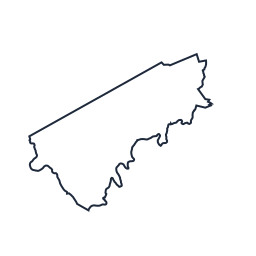 Dubonaire, Dennery, Saint Lucia, rotated 145°
{"feature_id": "8701671B43196595047489", "entity_name": "Dubonaire", "entity_type": "district", "adm_level": 2, "iso_a3": "LCA", "parent_name": "Saint Lucia", "parent_adm1": "Dennery", "projection": "albers", "projection_center": [-60.92, 13.929], "detail": "fine", "context": "isolated", "style": "outline", "palette": "slate", "viewbox_px": 256, "rotation_deg": 145, "n_neighbors": 0, "source": "geoboundaries", "source_scale": "gbopen_adm2", "svg_char_len": 5706}
<svg xmlns="http://www.w3.org/2000/svg" viewBox="0 0 256 256"><g transform="rotate(145 128 128)"><path d="M213.6,177.8L213.7,177.6L214.0,176.7L214.2,175.8L214.5,175.0L214.6,174.9L214.9,174.7L215.5,174.6L215.7,174.4L215.8,174.3L215.8,174.1L215.7,173.5L215.8,173.2L215.9,172.9L216.4,172.3L216.5,172.2L216.5,171.8L216.4,171.4L216.2,171.0L215.8,170.6L215.5,170.4L215.1,170.2L214.7,169.9L214.1,169.3L214.1,169.2L214.0,168.7L214.3,167.7L214.4,167.4L214.9,167.0L215.2,166.8L215.5,166.6L215.7,166.4L216.4,163.9L216.6,162.6L216.9,162.0L217.2,161.3L217.8,159.9L217.9,159.5L217.9,159.0L218.0,158.5L218.1,158.2L218.2,157.9L218.4,157.6L218.6,157.4L219.2,157.0L219.3,156.9L219.6,156.8L220.2,156.7L220.8,156.6L221.2,156.6L222.0,156.7L222.5,156.6L223.3,156.5L225.3,155.8L225.8,155.7L226.5,155.8L227.0,155.8L227.7,155.6L228.4,155.2L228.7,155.0L229.5,154.2L229.7,153.9L229.8,153.6L230.5,151.5L230.6,150.5L230.6,150.1L230.3,149.0L230.1,148.6L229.9,148.2L228.5,146.7L228.1,146.2L227.6,145.8L226.9,145.0L226.5,144.7L226.3,144.5L225.8,144.3L225.0,144.1L223.3,143.9L222.6,143.9L221.4,143.9L220.6,144.0L218.9,144.5L218.6,144.6L217.4,144.5L217.1,144.4L216.8,144.3L216.2,143.9L215.5,143.2L215.2,142.4L215.0,141.7L214.8,140.5L214.1,138.7L214.1,138.4L214.1,137.5L214.1,137.3L214.5,136.8L215.0,136.1L215.1,135.8L215.2,135.2L215.1,134.7L214.9,134.1L214.3,133.2L214.1,133.0L213.8,132.8L213.0,132.4L212.9,132.2L212.7,131.6L212.7,131.1L212.9,130.1L213.1,129.8L213.2,129.6L213.7,128.8L213.9,128.6L214.0,127.9L214.1,126.7L214.2,125.2L214.3,124.4L214.7,123.3L215.3,121.8L215.4,121.3L215.5,120.8L215.6,119.9L215.8,118.2L215.8,117.3L215.9,115.5L215.9,114.7L215.8,113.7L215.7,112.9L214.9,111.2L214.7,110.8L214.8,110.4L214.9,110.0L215.6,109.2L213.8,108.3L213.1,105.9L212.6,102.9L212.7,100.9L212.8,97.3L213.2,95.0L207.6,83.2L207.0,83.8L206.6,84.0L204.8,84.7L203.5,85.0L202.8,85.0L202.0,84.9L200.9,84.5L199.9,83.9L198.6,82.6L196.4,81.0L195.5,80.6L193.2,80.1L192.5,79.9L192.0,79.5L191.2,78.8L190.7,78.4L190.1,78.2L189.6,78.2L189.3,78.3L189.1,78.4L188.8,78.8L188.6,79.0L188.3,79.7L188.2,80.2L188.3,80.9L188.4,81.4L188.4,81.5L188.5,81.6L188.5,81.8L188.3,82.8L188.6,83.1L188.8,83.5L188.8,84.0L188.7,84.3L188.6,84.8L188.0,84.9L187.5,84.8L187.0,84.5L186.8,84.4L186.6,84.5L185.9,85.0L185.1,85.3L184.8,85.5L184.2,86.1L183.9,86.3L183.6,86.4L183.6,86.6L183.7,87.6L183.6,87.9L182.7,88.9L181.7,89.9L181.3,90.2L180.4,90.5L179.2,90.4L178.0,90.4L177.4,90.6L176.5,91.0L176.0,91.5L175.7,91.8L175.2,92.3L173.9,93.3L173.0,94.0L172.2,94.8L171.9,95.2L171.5,95.7L171.0,96.2L170.7,96.3L170.4,96.4L170.0,96.5L169.9,96.4L169.6,96.2L169.4,95.8L169.4,95.2L169.6,94.5L169.8,92.7L169.8,91.7L169.9,91.4L169.7,90.6L169.6,89.7L169.6,89.1L169.7,88.6L169.7,88.3L169.5,87.6L169.4,87.0L169.1,86.4L169.0,85.8L169.0,85.0L168.9,84.8L168.7,84.7L168.3,84.5L167.2,84.4L166.7,84.2L166.4,84.3L166.0,84.6L165.3,86.0L165.2,86.4L165.1,87.1L164.9,87.6L164.2,88.7L163.9,90.1L163.3,91.4L163.0,91.9L162.6,94.2L162.5,95.1L162.5,97.9L162.3,98.7L161.9,99.8L161.2,101.1L160.5,101.9L159.8,102.3L159.2,102.4L158.7,102.5L157.6,102.8L157.3,102.8L156.6,103.0L155.9,103.4L155.7,103.4L154.6,103.3L154.3,103.1L153.4,102.3L152.9,101.4L152.6,100.8L152.7,98.9L152.8,98.5L152.8,97.7L152.7,96.8L152.5,96.0L152.3,95.6L151.5,94.8L151.0,94.6L150.6,94.9L150.5,95.1L150.2,96.6L149.6,97.6L148.7,98.9L147.9,99.7L147.4,99.9L146.3,99.8L146.0,99.7L145.6,99.6L144.7,99.2L144.4,98.9L143.3,98.3L142.7,98.0L142.1,98.0L141.4,98.4L141.1,98.6L140.9,99.2L140.9,99.8L141.1,100.7L141.2,101.8L140.6,103.7L140.3,104.4L139.6,105.7L139.1,106.5L137.7,107.7L137.0,108.3L136.3,109.0L135.8,109.6L135.4,109.9L135.0,109.9L133.7,110.4L132.3,110.7L131.6,111.1L130.5,111.5L129.8,111.8L129.1,112.0L128.4,112.1L128.1,112.2L127.9,112.3L127.5,112.7L127.3,112.8L126.9,112.4L125.8,112.1L123.8,111.5L123.0,111.0L121.7,110.1L119.2,107.8L118.9,107.6L118.2,107.4L116.7,107.2L115.2,106.8L114.3,106.8L112.6,106.8L110.7,105.9L109.6,105.2L108.7,105.1L108.2,105.3L108.1,105.5L107.6,105.6L106.7,105.6L106.1,105.3L106.0,104.9L106.0,104.2L106.0,103.6L106.3,103.2L106.9,102.7L107.6,102.4L108.5,101.9L109.7,101.3L110.6,100.9L111.2,100.1L111.6,99.4L111.9,98.1L112.0,96.6L111.8,95.8L111.6,95.2L111.4,94.7L111.1,94.7L110.7,94.7L110.0,95.3L108.2,95.5L107.8,95.4L106.1,94.3L105.5,94.1L105.1,94.0L104.7,94.1L104.2,94.2L103.7,94.5L103.4,95.0L103.2,95.5L103.0,97.0L101.6,98.7L101.5,99.3L101.3,99.8L100.6,100.9L99.4,101.6L98.9,102.0L98.4,102.4L97.8,103.1L97.2,103.5L96.5,104.7L96.1,105.2L95.9,105.3L94.8,105.8L94.1,106.5L93.2,107.4L92.8,107.6L92.4,107.6L92.1,107.5L91.9,107.3L91.6,107.1L91.0,106.9L90.5,107.2L90.7,106.4L89.1,105.8L88.9,105.8L88.1,105.8L87.8,105.7L87.2,105.5L85.5,104.8L84.9,104.8L84.1,105.1L83.5,105.2L82.2,105.3L81.6,105.2L81.4,105.1L80.5,104.5L80.3,104.5L79.9,104.1L79.7,103.7L79.8,102.5L80.1,102.2L80.5,102.0L81.1,101.7L81.3,101.5L81.3,100.7L81.0,100.1L80.6,99.5L79.6,99.3L78.7,99.3L77.7,98.9L77.2,98.8L76.6,98.5L76.3,98.1L76.2,97.8L76.2,97.1L76.0,96.8L75.5,96.2L75.0,96.1L74.1,96.0L73.4,96.2L73.2,96.4L72.8,97.1L72.5,97.7L72.1,98.0L71.5,98.4L69.7,99.1L69.2,99.5L68.7,100.0L68.0,101.1L67.5,101.9L66.8,102.5L66.3,103.2L66.0,103.5L65.3,103.8L64.3,104.0L64.1,104.2L63.7,104.3L63.8,104.4L63.8,104.5L62.2,104.7L59.1,107.2L53.0,100.3L47.3,99.0L47.5,99.7L47.9,100.4L47.1,100.4L46.3,100.2L45.6,99.9L46.1,101.5L47.4,103.6L45.2,104.5L48.1,107.3L48.3,119.7L47.4,119.5L46.6,119.7L45.8,119.8L44.8,119.8L43.9,119.6L41.9,120.6L40.5,123.2L39.9,124.0L37.1,125.3L36.0,125.8L35.6,126.3L35.7,127.1L35.0,128.3L34.8,129.6L34.0,131.1L33.9,132.1L33.6,132.4L31.9,132.2L30.9,133.2L29.9,133.5L29.5,133.7L27.5,135.4L26.0,137.5L25.4,138.6L31.8,141.5L29.4,149.1L57.8,155.3L58.3,156.5L59.5,157.4L62.4,159.2L62.9,162.5L213.6,177.8Z" fill="none" stroke="#1e293b" stroke-width="2"/></g></svg>